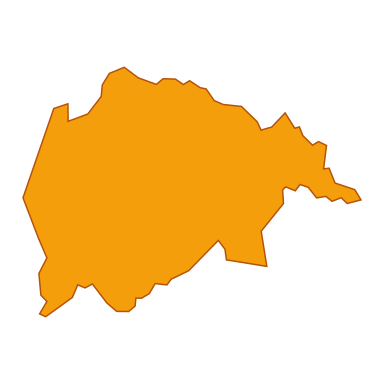 the district of Breathitt, Kentucky, United States of America
{"feature_id": "52423323B29918739133178", "entity_name": "Breathitt", "entity_type": "district", "adm_level": 2, "iso_a3": "USA", "parent_name": "United States of America", "parent_adm1": "Kentucky", "projection": "orthographic", "projection_center": [-83.252, 37.515], "detail": "fine", "context": "isolated", "style": "filled", "palette": "amber", "viewbox_px": 384, "rotation_deg": 0, "n_neighbors": 0, "source": "geoboundaries", "source_scale": "gbopen_adm2", "svg_char_len": 992}
<svg xmlns="http://www.w3.org/2000/svg" viewBox="0 0 384 384"><path d="M361.0,199.9L354.8,189.7L335.0,183.0L329.1,168.2L323.6,168.9L326.5,145.5L318.5,141.6L312.5,145.2L302.8,135.6L299.4,126.9L294.7,128.2L285.1,112.9L271.8,127.0L261.0,130.1L257.2,121.8L241.4,106.4L223.2,104.5L214.2,100.6L206.1,88.9L200.1,87.7L189.6,80.7L183.3,84.5L175.4,79.1L163.1,78.7L156.3,84.4L138.2,77.8L124.2,67.3L109.4,73.4L102.3,84.9L101.2,96.5L87.8,114.0L68.1,121.3L67.9,103.8L53.8,108.5L23.0,197.8L38.7,238.8L46.9,257.9L38.9,273.5L40.9,295.2L46.9,301.5L39.6,313.9L45.7,316.7L72.4,297.4L77.7,284.9L85.1,287.9L92.4,284.0L106.9,303.0L116.7,311.4L128.7,311.5L135.1,306.0L135.9,298.1L141.6,298.2L149.4,293.5L155.1,283.6L166.9,284.9L171.2,279.2L188.7,270.7L218.3,240.4L225.0,249.3L226.4,259.9L266.8,266.4L261.2,231.2L283.5,203.5L282.6,189.9L285.7,186.9L295.3,190.8L300.0,184.5L308.2,187.3L316.6,197.9L325.9,196.4L332.0,201.3L341.2,197.7L347.2,203.5L361.0,199.9Z" fill="#f59e0b" stroke="#b45309" stroke-width="1.5"/></svg>